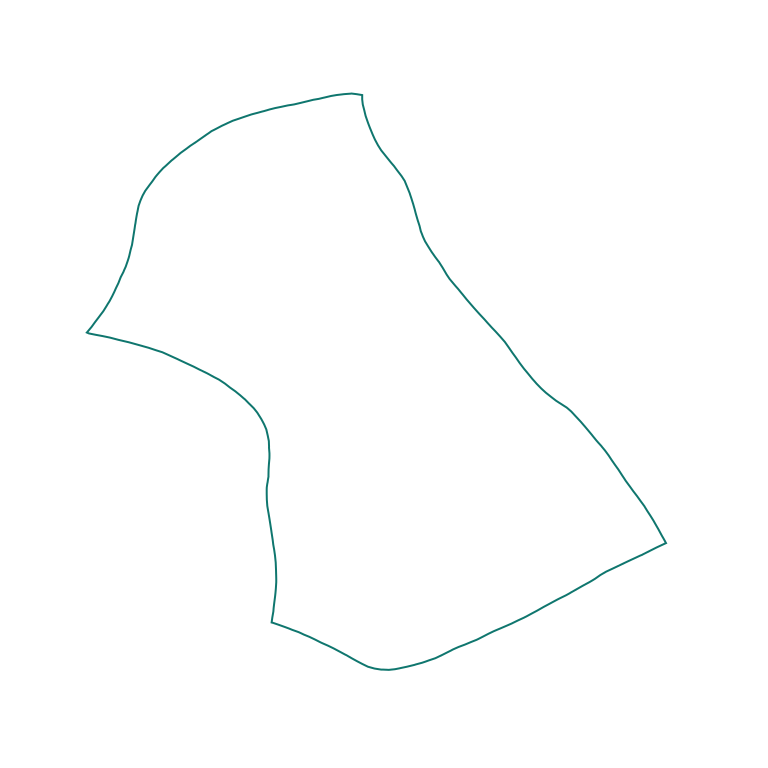 outline of Hajar As Say'ar, Hadramawt, Yemen, rotated 98°
{"feature_id": "15242507B41377814655385", "entity_name": "Hajar As Say'ar", "entity_type": "district", "adm_level": 2, "iso_a3": "YEM", "parent_name": "Yemen", "parent_adm1": "Hadramawt", "projection": "natural_earth1", "projection_center": [48.005, 16.297], "detail": "fine", "context": "isolated", "style": "outline", "palette": "teal", "viewbox_px": 768, "rotation_deg": 98, "n_neighbors": 0, "source": "geoboundaries", "source_scale": "gbopen_adm2", "svg_char_len": 5070}
<svg xmlns="http://www.w3.org/2000/svg" viewBox="0 0 768 768"><g transform="rotate(98 384 384)"><path d="M502.3,82.6L501.4,83.3L500.9,83.6L498.0,85.8L496.1,87.3L494.9,88.2L491.5,90.7L489.2,92.4L487.3,93.9L484.2,96.3L481.6,98.3L477.2,102.0L473.1,105.6L469.1,108.9L468.9,109.0L463.9,113.9L459.9,117.7L455.5,122.2L451.0,126.5L450.7,126.8L449.9,127.6L446.1,131.3L444.1,133.0L441.3,135.5L436.1,140.0L431.7,144.2L427.7,147.9L423.6,151.5L419.0,156.0L416.1,159.2L415.1,160.2L412.8,163.0L410.3,165.9L406.3,170.2L405.5,171.0L402.6,174.2L398.9,178.3L393.9,184.0L389.3,189.7L385.2,194.7L383.1,197.9L381.9,199.8L379.7,204.6L379.4,205.2L378.1,208.1L376.6,211.3L373.8,216.2L370.1,222.5L366.6,227.6L365.6,228.9L362.5,232.9L360.5,235.2L358.3,237.8L353.3,243.2L349.4,247.5L344.3,252.6L339.3,257.2L335.3,261.1L330.5,265.5L325.5,270.2L320.9,275.5L316.5,280.8L315.0,282.7L313.2,285.0L309.3,289.7L305.8,293.8L301.2,299.5L296.4,305.2L292.9,309.2L288.6,314.1L284.0,319.0L283.5,319.6L279.4,324.0L277.2,326.6L275.5,328.5L270.9,333.6L266.9,337.2L265.5,338.3L260.7,342.1L257.2,345.1L255.3,346.7L255.1,347.0L251.1,351.0L246.5,355.3L241.5,359.5L237.0,363.2L232.6,366.0L230.2,367.3L227.6,368.8L222.5,370.8L218.8,372.6L217.6,373.2L212.5,375.5L210.0,376.6L206.8,377.9L203.9,379.2L201.4,380.3L200.4,380.8L196.4,382.7L193.2,384.3L191.5,385.1L185.3,388.7L179.8,391.9L179.4,392.3L175.6,395.6L170.6,400.7L166.7,404.5L164.0,407.6L162.7,409.0L161.0,410.8L158.1,413.9L153.1,419.2L153.0,419.3L148.4,423.2L143.2,427.0L138.6,429.9L132.1,433.7L128.3,435.8L126.2,436.9L121.1,439.5L118.6,440.5L115.5,441.7L110.2,443.9L109.8,444.0L105.2,445.2L101.6,445.7L100.9,445.8L100.8,451.0L100.8,451.8L100.9,456.7L101.1,457.3L101.8,460.6L102.6,464.2L103.2,466.4L104.4,471.0L105.6,474.8L106.1,476.4L108.6,482.8L109.0,483.9L110.7,488.2L112.4,493.6L114.9,499.8L115.0,500.1L117.2,505.6L119.6,511.8L120.3,514.0L121.5,518.0L124.0,524.8L125.4,528.8L125.9,530.2L127.6,534.4L128.0,535.4L129.2,538.0L130.7,541.4L131.2,542.7L133.0,546.8L134.9,551.4L135.6,553.0L138.4,558.6L141.6,564.9L144.3,570.3L147.6,575.5L148.1,576.2L150.8,580.4L154.4,585.4L156.1,587.8L157.6,590.0L160.1,592.6L161.7,594.4L166.0,599.0L170.5,603.8L175.1,609.0L178.9,612.8L183.5,617.6L188.0,621.6L191.2,624.5L192.1,625.4L196.4,628.9L198.5,630.6L200.9,632.7L205.4,635.8L208.5,637.8L210.8,639.2L215.5,641.6L219.6,643.9L221.1,644.7L225.9,647.3L229.3,648.6L230.8,649.2L231.5,649.4L236.2,650.7L241.6,651.8L244.8,652.0L247.1,652.1L249.7,652.3L252.7,652.4L256.2,652.5L259.4,652.5L261.2,652.6L264.5,652.6L270.1,652.7L275.9,652.8L281.3,652.9L284.3,653.3L286.7,653.6L292.5,654.1L294.8,654.4L298.2,655.0L300.2,655.4L303.8,656.1L307.5,657.2L309.2,657.6L314.9,659.6L320.4,660.9L321.2,661.1L325.2,662.4L326.8,662.9L330.3,663.9L334.3,665.2L335.2,665.5L340.4,667.4L343.2,668.7L345.6,669.7L351.0,672.1L355.1,674.4L357.5,675.7L363.2,678.9L368.3,681.6L369.4,682.3L374.4,685.4L375.0,683.2L375.4,676.4L375.7,669.4L376.2,661.8L377.2,653.4L377.6,649.1L378.2,642.4L379.3,634.0L380.0,628.7L380.1,628.1L380.9,622.1L382.3,614.5L382.8,611.5L383.4,607.9L385.0,602.4L386.9,596.0L388.0,592.2L389.0,589.1L391.2,581.9L393.3,574.9L395.4,568.8L398.1,560.4L400.7,553.6L402.6,548.1L405.7,541.6L408.9,536.1L412.1,529.9L412.5,529.3L415.2,524.8L417.7,521.0L418.6,519.5L422.1,515.0L422.8,514.0L426.1,509.6L430.0,505.5L435.7,500.7L438.4,498.7L440.8,497.0L445.4,494.2L448.8,492.9L451.4,491.9L454.0,491.0L456.5,490.1L462.1,489.1L463.1,489.0L468.5,487.8L471.2,487.4L473.8,487.1L479.4,486.8L484.7,486.4L490.5,485.7L491.8,485.5L494.5,485.6L497.6,485.6L499.1,485.7L502.6,485.7L504.6,485.5L509.5,484.8L515.0,483.9L521.0,482.6L526.4,480.9L527.9,480.4L533.0,478.8L537.9,477.3L545.2,475.1L546.3,474.8L552.3,473.0L554.0,472.5L558.5,471.3L563.4,469.7L568.9,468.1L575.8,466.4L582.9,465.1L589.4,464.0L592.5,463.5L595.4,463.1L602.0,462.6L606.0,462.4L609.2,462.3L617.2,462.2L621.4,462.1L624.6,461.9L630.6,462.1L635.8,462.1L635.9,461.4L635.9,461.1L636.4,458.4L637.1,454.8L638.5,448.0L639.4,443.9L640.2,440.8L641.6,434.0L642.4,431.3L643.3,428.5L644.8,422.6L646.7,416.6L648.8,410.5L649.5,408.1L650.9,403.1L652.8,397.2L655.5,389.8L657.4,384.7L657.7,383.7L660.2,377.5L662.3,372.0L664.2,366.7L666.2,360.6L667.1,353.8L667.2,347.9L667.2,346.8L666.9,344.6L666.4,339.4L664.9,333.4L663.4,329.1L662.9,327.8L660.8,322.0L657.9,314.7L657.3,313.5L654.7,307.4L653.1,304.2L651.5,301.2L649.3,296.8L648.4,295.0L644.1,288.5L640.9,283.9L638.5,280.4L637.5,279.1L636.3,277.2L634.0,273.5L630.8,267.6L628.3,263.4L628.0,262.9L627.4,261.9L624.5,256.8L623.3,255.0L620.5,251.0L616.8,245.8L613.6,241.0L612.2,238.7L609.7,234.5L605.8,228.1L603.4,224.2L602.5,222.9L599.4,218.3L596.0,213.0L595.0,211.6L594.4,210.7L590.9,206.0L587.2,200.9L582.4,194.7L579.2,190.3L577.2,187.6L575.8,185.7L573.1,182.0L571.5,179.7L568.0,174.5L565.3,170.9L564.6,170.1L559.6,163.6L556.2,159.2L551.4,152.7L549.4,150.2L547.5,147.9L543.0,143.1L538.9,137.9L535.2,132.2L535.0,131.9L531.5,126.6L527.9,121.2L525.0,116.8L524.9,116.6L523.9,115.1L521.0,110.6L518.2,106.3L517.3,104.7L516.6,103.8L512.5,97.9L508.0,91.4L503.9,85.1L502.3,82.6Z" fill="none" stroke="#0f766e" stroke-width="2"/></g></svg>